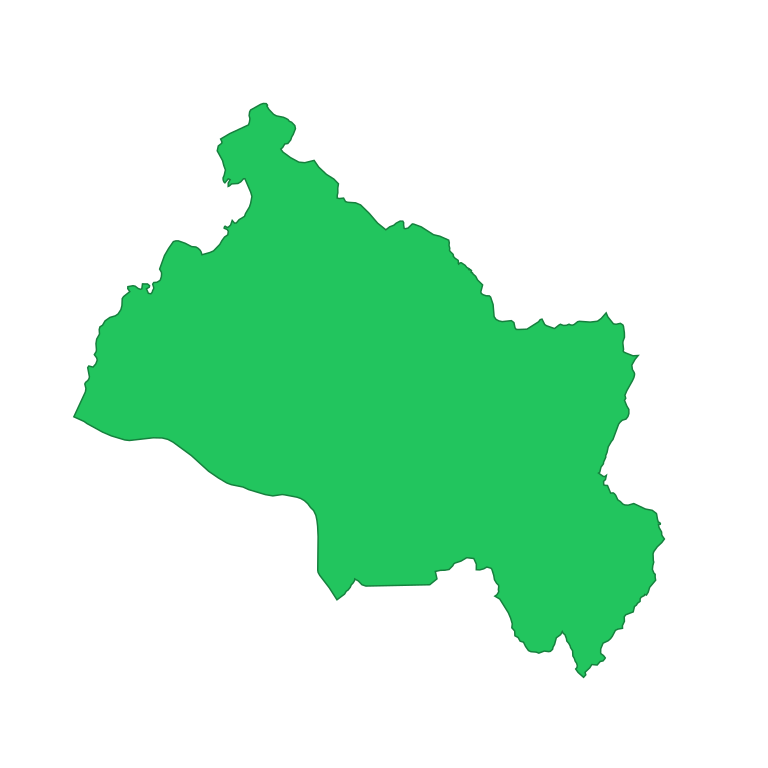 the district of Berzasca, Caras-Severin, Romania, rotated 9°
{"feature_id": "2599482B58781170815213", "entity_name": "Berzasca", "entity_type": "district", "adm_level": 2, "iso_a3": "ROU", "parent_name": "Romania", "parent_adm1": "Caras-Severin", "projection": "mercator", "projection_center": [22.089, 44.68], "detail": "fine", "context": "isolated", "style": "filled", "palette": "green", "viewbox_px": 768, "rotation_deg": 9, "n_neighbors": 0, "source": "geoboundaries", "source_scale": "gbopen_adm2", "svg_char_len": 6142}
<svg xmlns="http://www.w3.org/2000/svg" viewBox="0 0 768 768"><g transform="rotate(9 384 384)"><path d="M82.8,464.9L93.6,467.9L97.0,469.6L113.7,475.6L122.8,477.9L136.8,479.8L141.4,479.6L164.5,473.2L173.3,472.0L179.2,472.5L184.7,474.4L204.9,484.8L224.4,497.6L235.1,502.7L244.1,506.3L248.9,507.3L260.8,507.8L267.0,509.5L284.1,511.8L291.7,511.9L300.7,509.1L303.0,509.0L315.8,509.4L319.7,510.1L323.6,511.6L327.5,514.2L330.8,517.5L334.3,520.0L337.3,524.4L339.1,529.2L340.7,534.9L342.8,545.1L347.7,578.3L348.4,580.4L350.5,583.1L361.8,593.8L371.3,604.5L377.9,597.7L379.2,594.5L380.7,593.2L382.5,590.0L383.0,587.7L384.7,585.2L385.7,582.6L385.6,581.1L389.4,582.5L393.6,585.7L397.7,586.4L460.6,575.1L466.8,568.2L464.0,561.1L468.9,559.2L473.2,558.4L477.3,557.0L480.4,552.7L481.0,550.8L482.2,549.7L487.7,546.9L492.9,542.6L500.0,542.3L503.4,547.5L504.2,553.0L507.7,552.6L511.5,550.9L514.2,548.7L518.4,549.2L519.5,550.1L522.4,556.0L523.7,560.0L526.4,563.2L528.5,564.7L529.0,566.1L529.1,569.1L529.8,571.3L528.5,574.5L526.7,576.2L532.0,578.3L542.6,590.5L545.7,595.5L548.2,600.8L548.4,604.8L551.7,607.5L552.7,612.2L556.1,613.4L558.7,616.7L562.2,617.2L564.9,621.1L568.4,624.7L570.9,625.4L576.3,625.0L579.0,625.6L584.1,622.7L588.5,622.6L590.2,622.0L592.0,619.7L592.1,617.5L593.2,614.5L593.9,607.7L597.7,603.9L598.8,600.6L600.0,602.2L601.9,603.3L603.9,606.7L604.8,609.3L607.0,611.2L608.8,613.5L609.5,615.2L612.0,618.0L613.1,623.1L614.8,625.1L616.3,628.0L617.8,629.5L618.9,631.7L619.0,633.8L617.9,635.5L620.9,638.6L627.0,642.5L628.8,639.7L627.7,637.3L631.7,632.0L633.1,628.6L638.5,628.2L640.9,624.3L643.7,623.2L645.2,620.6L645.4,619.9L643.3,617.9L640.4,616.4L640.0,615.4L639.5,611.7L640.9,605.7L645.6,602.5L647.6,600.1L649.0,597.4L651.1,591.1L653.4,589.5L657.8,588.0L657.3,585.3L658.6,580.8L657.7,576.4L658.9,574.1L665.8,570.1L666.2,564.6L667.9,562.9L668.7,560.9L670.9,558.7L670.6,556.0L671.3,554.4L674.2,552.2L674.4,551.1L676.2,551.4L677.5,548.3L678.2,543.3L683.0,535.3L682.0,532.3L681.6,529.5L680.3,528.7L678.1,525.2L677.9,521.4L678.3,517.7L677.6,516.1L676.3,509.6L676.7,507.3L679.4,502.0L683.2,497.1L685.2,493.2L682.5,490.4L681.9,489.4L681.3,486.7L678.1,482.7L677.0,479.7L678.5,479.5L678.8,479.3L678.8,478.6L677.9,477.7L676.6,477.6L675.3,474.9L673.5,469.6L673.0,469.1L668.7,466.8L661.8,466.6L649.4,463.0L644.1,465.5L640.7,465.8L638.6,465.2L635.8,463.1L633.0,461.8L630.3,457.7L628.7,456.3L627.4,455.7L624.9,456.3L620.6,449.3L618.0,449.5L616.8,449.2L616.1,445.8L617.7,443.7L617.9,439.5L616.6,440.9L614.8,440.9L609.8,438.4L610.9,437.3L611.3,432.2L613.2,428.5L613.1,426.8L614.5,421.7L614.2,420.0L615.0,416.7L615.3,411.0L617.5,405.3L618.8,403.0L622.0,387.0L623.1,384.9L625.0,382.5L628.5,380.8L630.0,378.0L630.5,374.9L629.8,370.8L627.3,367.8L624.1,362.5L625.0,360.3L623.7,357.4L624.9,352.6L628.8,342.1L629.8,338.6L630.0,336.0L629.9,334.8L629.2,333.4L627.1,330.9L625.8,326.6L628.1,320.4L630.6,316.1L625.5,317.2L618.7,315.7L616.1,315.0L615.0,314.0L615.2,312.4L613.5,306.2L613.4,304.3L614.2,300.2L613.4,295.8L611.5,289.6L610.7,288.3L608.0,287.1L603.9,288.7L601.2,288.7L594.6,282.7L592.3,279.0L588.3,285.3L585.0,288.6L578.0,290.6L567.2,291.5L565.5,292.2L562.5,295.5L560.9,296.4L559.1,296.5L557.4,296.0L555.0,297.5L552.0,298.1L548.9,297.4L547.7,298.3L544.0,302.3L543.4,302.5L535.3,301.0L533.4,300.1L529.9,295.2L528.2,296.0L526.9,298.4L516.6,307.5L508.4,309.1L506.1,309.4L504.6,308.0L502.7,303.0L499.9,301.5L491.0,303.9L487.6,303.7L484.6,302.7L482.2,300.2L479.3,288.4L475.7,281.5L474.2,280.5L471.1,280.9L467.8,280.3L465.9,279.3L465.2,277.8L465.9,270.7L460.1,266.6L457.7,263.3L454.7,261.4L454.0,260.4L452.7,260.2L452.5,259.7L452.8,258.6L451.7,257.6L450.2,257.9L449.8,257.6L450.2,256.9L447.5,255.9L445.6,254.1L441.5,252.2L440.3,252.4L439.0,253.9L438.4,253.0L438.4,251.9L437.9,250.3L434.2,248.5L432.4,246.9L432.4,245.9L431.7,244.9L428.7,242.8L427.8,241.7L427.7,239.6L426.5,236.8L426.4,234.3L425.4,231.8L416.0,229.3L409.5,228.8L396.3,223.0L388.3,221.4L386.9,221.5L383.3,226.3L380.6,227.3L379.6,227.2L378.5,223.9L378.2,221.6L377.1,220.2L374.4,220.6L370.9,223.2L368.8,225.7L365.0,227.9L361.7,231.4L352.5,226.1L343.0,218.0L332.9,210.8L327.6,209.5L319.6,210.2L317.4,209.8L315.0,206.7L310.9,207.8L308.7,207.7L308.3,204.9L308.5,202.5L307.7,197.7L307.7,193.4L302.4,189.4L294.4,186.0L285.6,180.0L280.0,174.1L271.2,177.8L265.2,178.2L256.2,175.0L248.0,170.8L245.3,168.1L246.9,166.3L248.4,162.5L251.4,161.5L253.7,157.5L254.2,154.4L255.3,151.7L256.6,145.7L255.5,142.7L251.8,139.9L249.4,139.3L247.8,137.8L245.6,137.0L243.0,136.3L235.8,136.0L232.7,134.9L227.4,130.8L224.8,127.7L225.3,126.8L223.8,125.5L220.9,125.8L218.4,127.1L209.4,134.2L208.7,136.3L208.8,140.0L210.0,142.7L210.1,143.9L210.1,146.6L209.6,149.3L192.5,160.8L184.3,167.6L186.1,170.3L186.0,171.7L183.1,174.8L182.8,179.8L189.6,188.6L191.5,193.1L193.9,197.4L193.5,202.9L192.8,205.6L193.2,207.6L194.2,209.4L195.4,210.2L198.1,205.7L200.1,206.2L198.7,209.9L199.2,213.2L200.3,212.5L202.2,210.2L208.4,208.8L210.9,206.7L213.1,203.3L214.5,203.0L222.3,215.3L224.2,219.4L224.0,226.5L223.4,230.2L220.6,237.2L220.0,240.3L215.2,244.3L213.0,248.0L211.2,248.5L208.5,246.2L207.6,251.1L205.7,253.5L204.3,253.8L202.4,253.0L202.0,253.4L201.7,254.3L201.8,255.2L204.9,255.9L206.3,257.5L206.4,261.1L203.5,263.8L201.5,267.7L200.0,271.8L194.8,279.2L191.4,281.4L184.0,284.8L182.6,282.0L181.4,280.6L179.3,279.1L176.8,278.1L172.5,278.4L165.6,276.1L158.5,274.8L156.0,275.2L153.7,276.3L150.1,283.7L147.1,291.4L144.4,305.6L146.6,308.3L147.1,310.0L147.3,313.0L146.8,316.0L146.6,316.7L143.9,319.0L140.7,319.8L139.9,321.6L141.4,324.6L141.6,326.0L140.9,327.8L140.7,329.7L139.6,331.4L137.1,331.3L134.5,327.2L137.0,325.1L137.1,323.6L134.8,322.2L129.8,322.9L129.9,327.8L128.6,328.6L126.2,328.1L122.9,326.3L120.7,326.2L115.8,327.9L116.0,329.9L118.5,332.5L113.1,338.4L112.1,340.6L112.9,347.5L112.5,351.7L110.4,356.4L108.0,358.7L102.9,361.1L98.6,365.3L96.8,370.0L94.5,372.0L94.2,374.7L95.2,379.2L93.2,384.6L93.2,389.2L94.6,395.0L94.7,396.9L93.3,400.3L96.1,403.1L97.0,405.2L96.2,409.2L94.0,412.8L89.6,412.4L88.8,414.2L91.9,422.9L91.9,424.5L91.0,426.8L89.0,429.1L88.5,430.8L90.3,435.1L90.3,438.5L82.8,464.9Z" fill="#22c55e" stroke="#15803d" stroke-width="1.5"/></g></svg>